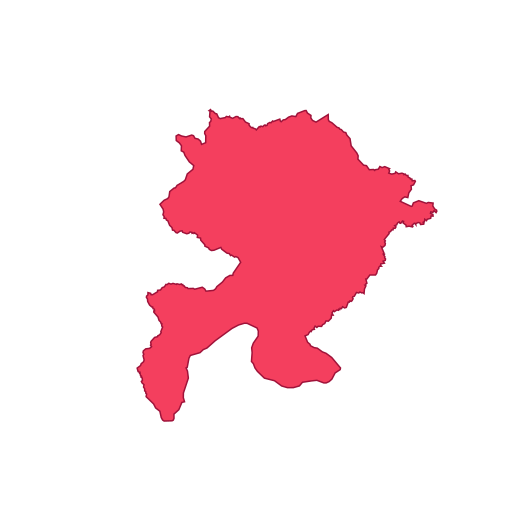 Lunte, Northern, Zambia (Robinson projection), rotated 143°
{"feature_id": "96606910B27526943690880", "entity_name": "Lunte", "entity_type": "district", "adm_level": 2, "iso_a3": "ZMB", "parent_name": "Zambia", "parent_adm1": "Northern", "projection": "robinson", "projection_center": [30.622, -9.828], "detail": "fine", "context": "isolated", "style": "filled", "palette": "rose", "viewbox_px": 512, "rotation_deg": 143, "n_neighbors": 0, "source": "geoboundaries", "source_scale": "gbopen_adm2", "svg_char_len": 6124}
<svg xmlns="http://www.w3.org/2000/svg" viewBox="0 0 512 512"><g transform="rotate(143 256 256)"><path d="M418.4,238.0L419.7,234.7L419.2,234.3L419.5,232.7L418.8,232.7L420.1,230.3L419.8,228.9L420.7,228.7L420.3,227.0L421.7,224.9L423.0,224.9L423.4,223.2L422.9,220.7L424.7,219.0L424.8,217.0L426.1,215.3L425.7,214.1L426.6,212.7L426.4,211.6L428.4,209.8L426.8,199.5L427.6,195.1L426.2,189.9L428.9,184.0L429.3,181.2L428.7,179.5L422.2,174.9L420.8,174.7L419.2,175.7L416.7,179.1L410.1,179.7L403.3,183.7L400.8,182.6L399.3,186.6L396.4,190.3L383.5,199.2L380.0,205.3L379.2,208.7L377.9,208.5L371.1,214.7L368.3,216.1L358.9,212.5L354.4,213.0L350.6,212.0L339.5,212.9L318.7,212.6L311.4,211.4L305.8,209.3L303.6,207.6L298.5,197.9L299.3,194.7L302.5,190.7L310.6,188.0L314.7,185.3L317.3,181.1L323.1,174.5L322.9,171.6L324.2,167.2L324.3,163.0L322.8,153.4L316.3,145.3L313.7,136.7L310.1,131.9L305.4,128.4L299.5,126.1L294.9,127.2L286.9,122.9L282.2,120.1L278.2,113.8L276.3,112.4L273.2,111.7L269.5,112.0L263.2,115.0L257.2,114.6L255.9,115.7L256.6,129.4L258.6,136.1L260.7,139.5L262.5,145.5L264.7,147.8L266.5,151.6L266.0,153.0L266.7,156.1L264.9,162.7L261.7,161.9L259.3,163.0L257.5,163.1L257.4,162.5L255.4,163.3L253.5,162.3L253.2,163.4L251.0,164.4L250.4,162.3L248.7,162.5L246.0,160.3L244.1,161.1L241.8,160.7L239.2,162.0L237.4,160.4L233.3,161.1L231.2,163.4L230.0,162.4L229.6,164.8L227.1,165.7L226.9,164.4L223.9,164.2L222.8,163.0L222.0,163.7L221.3,162.8L220.3,163.6L219.4,162.5L217.4,163.4L216.5,161.2L214.8,160.6L210.0,163.7L209.2,163.0L208.0,163.6L207.3,162.5L206.2,162.5L204.2,163.4L204.0,164.7L203.2,165.2L201.7,164.7L197.7,166.4L196.2,164.6L194.7,164.7L193.7,162.8L192.6,162.3L192.3,161.0L189.2,164.4L186.4,165.9L186.5,167.1L185.8,166.7L184.9,167.7L183.8,167.5L182.2,171.5L181.3,170.9L176.5,172.3L172.0,168.9L169.9,169.6L167.2,171.9L165.5,172.0L164.9,173.0L163.3,173.3L162.0,172.4L162.1,173.5L161.1,174.6L157.8,173.0L157.6,175.4L155.5,174.7L154.3,175.7L154.4,177.2L153.5,177.8L153.4,179.8L152.4,180.1L153.1,181.1L152.0,181.4L150.3,188.0L149.6,186.7L146.7,186.8L145.1,188.2L144.9,189.8L143.6,190.2L143.6,192.0L136.2,193.8L135.5,195.0L133.8,194.5L132.1,195.2L130.8,194.4L129.6,195.6L128.3,194.4L126.7,195.0L126.9,196.8L125.0,196.2L123.1,197.2L121.1,197.1L121.3,195.5L120.7,195.0L118.0,195.8L117.3,194.8L118.6,193.9L117.6,190.4L118.4,189.0L115.8,187.7L113.5,185.0L112.9,185.2L112.9,186.6L110.1,186.9L109.5,186.6L109.5,184.9L109.0,185.7L106.4,185.2L105.2,183.9L105.6,182.1L102.9,180.5L102.1,181.2L102.3,183.0L101.8,182.0L100.8,182.0L99.1,183.8L98.5,181.6L97.2,182.3L93.8,181.0L92.1,182.6L90.6,181.3L89.7,182.7L91.0,185.1L89.8,186.0L88.5,184.4L86.6,185.0L86.1,182.3L84.7,182.9L84.2,184.0L85.0,186.0L84.7,189.5L82.7,191.7L86.2,195.1L88.2,195.5L92.7,202.2L98.3,203.7L101.2,201.9L102.2,202.2L107.9,212.9L104.7,213.9L101.6,213.7L99.6,211.3L95.9,214.5L91.7,215.8L89.9,218.8L87.4,218.0L83.8,219.7L83.7,220.7L86.0,222.0L85.2,223.6L86.3,224.5L85.9,225.0L87.0,227.5L86.2,228.9L87.5,229.8L87.5,231.6L88.8,231.9L88.5,232.6L89.6,234.3L92.7,235.9L93.8,239.1L95.2,238.3L98.3,239.7L100.1,242.3L98.1,243.5L97.8,245.3L96.8,245.4L99.4,249.9L102.1,250.7L103.2,252.9L106.1,251.7L108.9,253.2L109.7,252.9L110.1,254.4L113.6,256.7L113.4,261.7L115.4,263.8L116.3,272.0L114.1,274.6L113.5,277.7L113.7,286.7L110.3,293.1L110.7,297.9L110.0,300.5L111.5,302.3L111.8,305.6L112.8,307.1L112.6,308.3L113.8,310.0L115.2,316.8L116.5,319.4L116.2,321.3L113.2,325.5L127.5,326.8L129.3,330.3L129.1,333.3L127.5,335.2L128.9,339.2L128.4,342.0L129.6,342.8L137.0,344.9L140.3,343.4L143.1,346.3L146.4,347.3L150.5,347.3L152.3,348.3L155.1,348.1L155.4,349.0L154.6,351.0L161.2,353.0L161.4,353.8L163.9,353.4L164.5,354.3L167.0,354.7L168.6,353.7L169.9,354.3L169.7,354.9L170.5,355.5L172.7,355.2L173.9,356.8L175.1,356.6L175.5,357.4L179.9,356.5L180.0,357.9L181.4,359.9L181.2,360.6L182.2,361.1L182.7,362.4L182.7,364.9L181.9,365.8L183.8,369.3L183.8,373.6L186.2,375.4L185.7,375.9L186.6,376.6L186.6,378.2L188.0,379.4L191.8,380.0L193.3,382.5L193.0,383.5L194.1,383.5L195.7,385.3L197.2,385.0L201.9,387.3L202.7,389.0L201.8,393.2L202.7,394.1L203.3,397.8L204.4,398.3L204.2,400.3L206.0,400.3L205.5,399.4L209.3,395.1L209.2,392.4L211.2,390.7L212.8,390.6L214.9,387.6L222.0,386.3L223.3,384.7L223.7,382.3L228.0,376.8L232.3,377.9L231.2,381.1L231.8,384.2L233.9,386.7L233.5,389.7L234.6,391.3L240.2,393.2L243.2,396.6L244.8,399.6L247.6,399.9L250.2,396.2L249.1,392.3L249.2,388.9L252.4,385.0L251.2,382.4L252.2,379.0L252.6,371.2L251.3,365.7L254.2,363.2L261.5,362.9L266.6,359.4L268.9,359.1L276.6,359.9L279.2,358.9L280.6,359.6L286.1,359.4L289.9,355.6L292.0,355.0L295.8,355.8L301.6,355.1L302.0,349.3L303.2,346.8L305.5,344.9L305.6,342.7L306.8,341.5L305.4,340.4L305.9,338.6L305.2,337.2L306.5,332.5L306.0,329.3L307.1,326.9L306.1,326.0L305.8,322.8L305.0,321.7L301.8,321.6L299.9,320.6L300.3,319.1L297.9,315.4L295.9,314.6L294.2,314.9L292.9,313.3L293.4,312.6L291.4,311.8L291.8,311.3L291.0,311.0L290.0,307.9L291.7,306.2L289.5,303.7L290.6,301.9L290.1,295.7L290.9,294.7L289.0,291.0L289.3,289.4L288.3,287.2L286.1,285.9L278.9,284.0L279.3,282.1L277.5,275.8L275.8,273.9L276.1,271.7L275.0,271.5L273.8,268.0L272.5,267.7L271.3,265.6L272.0,260.2L284.5,256.0L286.2,254.5L288.5,256.2L293.4,256.8L298.5,255.4L305.7,255.1L308.0,254.1L310.6,254.1L317.1,258.0L316.8,260.6L317.7,263.4L325.0,266.4L325.5,267.8L329.9,270.9L329.9,272.0L331.4,273.4L331.3,275.3L332.0,275.9L331.7,277.3L332.5,277.7L332.5,278.7L334.0,279.1L335.9,281.4L336.6,281.2L338.8,284.1L340.8,284.7L342.1,286.7L344.3,286.7L345.0,287.5L347.7,286.5L350.0,287.2L352.7,286.3L355.2,287.8L356.1,286.7L361.8,287.3L363.1,288.2L362.6,289.6L364.3,291.8L365.7,290.0L367.6,289.8L368.5,288.8L368.5,287.1L369.9,284.8L370.5,280.9L369.9,278.0L369.2,277.5L369.9,275.9L369.2,274.7L370.0,273.2L370.7,273.6L371.4,272.6L371.0,266.2L372.2,262.9L371.9,260.6L372.5,259.0L372.0,258.5L373.4,256.9L373.3,255.5L377.6,252.8L377.8,251.9L380.3,251.0L382.4,251.4L383.1,250.8L386.0,252.0L391.1,251.0L392.1,250.4L393.0,248.5L393.9,248.3L394.0,246.4L396.6,246.3L399.9,248.2L403.1,248.0L404.4,246.8L404.7,245.1L406.2,244.4L407.9,240.3L409.5,239.2L412.5,239.1L414.1,238.0L418.4,238.0Z" fill="#f43f5e" stroke="#9f1239" stroke-width="1.5"/></g></svg>